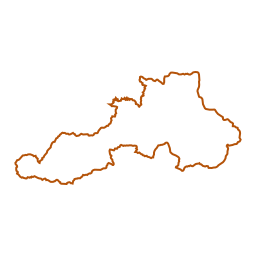 outline of Rio Iró (Santa Rita), Chocó, Colombia
{"feature_id": "7082276B57881293772314", "entity_name": "Rio Iró (Santa Rita)", "entity_type": "district", "adm_level": 2, "iso_a3": "COL", "parent_name": "Colombia", "parent_adm1": "Chocó", "projection": "orthographic", "projection_center": [-76.486, 5.181], "detail": "fine", "context": "isolated", "style": "outline", "palette": "amber", "viewbox_px": 256, "rotation_deg": 0, "n_neighbors": 0, "source": "geoboundaries", "source_scale": "gbopen_adm2", "svg_char_len": 5865}
<svg xmlns="http://www.w3.org/2000/svg" viewBox="0 0 256 256"><path d="M18.5,174.5L20.2,176.7L21.8,177.7L22.7,177.3L23.6,177.9L26.0,178.5L26.7,178.4L27.7,177.2L29.3,177.6L29.7,177.7L30.3,177.1L31.2,177.5L31.8,176.6L33.0,177.0L34.5,176.2L37.8,177.9L39.2,178.4L40.9,178.6L41.6,179.1L42.3,179.9L44.4,178.7L45.3,178.6L45.7,179.0L46.2,180.1L46.9,179.9L48.3,180.3L50.5,181.8L52.2,181.9L53.7,181.7L54.3,181.2L54.9,181.2L56.4,179.9L57.0,179.8L58.0,180.3L59.2,181.7L60.2,182.2L60.2,183.0L61.2,183.7L66.6,184.0L66.9,183.2L68.0,182.5L69.4,182.2L70.3,182.6L71.0,183.3L72.0,183.2L72.6,183.5L73.2,180.9L74.2,180.0L74.5,179.1L76.3,178.6L77.0,178.7L77.7,178.3L80.3,178.2L80.8,177.5L82.1,176.6L83.1,174.9L84.2,175.2L86.2,174.7L87.2,175.0L88.1,174.1L89.5,173.4L90.5,173.5L91.6,172.7L91.9,171.5L92.6,170.6L93.4,170.1L94.7,169.7L100.6,169.9L103.3,168.4L105.3,168.3L105.9,168.1L106.4,167.6L106.5,166.1L107.3,165.1L107.7,163.8L108.7,163.0L111.3,164.0L112.7,165.0L113.2,165.0L113.7,164.3L113.6,163.1L112.5,161.3L112.3,159.6L111.1,158.4L110.8,157.6L110.8,157.0L111.5,155.9L111.3,155.5L110.3,154.9L109.9,153.6L109.5,150.9L109.9,149.6L110.9,149.6L113.9,150.4L114.7,149.4L114.9,148.6L115.9,148.5L116.9,148.8L118.0,147.2L119.6,147.0L120.2,145.5L121.1,144.9L123.4,145.9L124.0,145.5L125.5,145.7L126.8,145.4L128.0,145.6L129.5,145.3L131.2,145.3L133.1,145.9L134.1,145.6L136.0,145.8L136.6,146.3L136.8,147.0L136.8,147.6L136.1,148.4L137.1,149.3L137.1,149.6L136.4,150.2L135.3,152.0L136.8,152.1L137.8,153.0L139.3,152.5L141.3,154.2L142.5,154.5L142.8,155.2L144.4,155.7L144.8,156.2L146.7,155.8L147.4,156.7L149.4,157.2L151.1,158.1L152.3,157.4L153.2,157.4L153.3,156.2L154.0,154.4L154.0,152.6L154.5,151.0L155.4,149.4L156.7,148.0L158.3,145.4L160.1,145.2L160.7,144.9L161.9,144.9L164.1,144.1L164.7,143.9L165.4,142.9L166.6,142.6L167.2,142.7L168.1,143.6L169.8,148.2L170.3,151.9L170.6,152.4L172.5,154.1L175.9,155.5L178.3,157.0L178.9,157.7L179.4,158.9L178.9,160.1L179.2,161.3L178.6,162.5L178.3,165.2L177.3,166.2L176.1,166.7L175.9,167.5L180.6,169.5L182.0,170.8L182.8,170.8L183.5,170.2L184.7,167.5L186.4,166.4L187.4,166.6L188.4,166.0L189.3,166.2L190.4,165.4L191.8,166.1L192.8,166.2L195.6,164.1L196.7,163.8L199.0,163.5L199.4,163.2L200.1,164.2L201.3,164.4L202.9,165.9L205.2,166.5L206.4,166.0L207.9,166.2L208.6,167.9L211.8,168.0L213.3,167.6L215.7,167.4L217.4,166.5L218.4,165.3L223.0,162.2L224.3,160.6L225.5,158.4L225.8,156.2L227.4,153.9L227.5,151.2L228.1,148.8L228.0,148.0L227.3,147.1L227.3,146.2L226.8,145.9L227.2,145.0L227.8,144.7L228.6,145.5L229.2,145.6L232.5,145.0L234.5,144.2L236.4,144.0L237.3,143.4L237.3,143.0L237.9,142.1L239.6,141.5L240.1,140.8L240.6,139.6L239.5,137.7L240.1,133.2L239.8,131.4L239.1,130.3L238.2,129.7L237.7,128.6L237.6,127.8L236.0,127.4L234.7,126.3L232.8,126.2L233.0,123.5L231.9,122.6L230.5,122.0L228.2,119.5L227.3,119.2L225.4,119.9L224.0,120.0L223.2,119.4L222.9,118.2L222.9,117.2L218.0,114.0L216.4,112.1L215.1,110.0L214.6,109.6L209.7,109.7L205.9,109.0L204.9,108.2L203.0,104.2L202.4,99.2L201.4,97.7L199.1,96.8L197.5,91.3L197.6,90.1L199.0,86.8L199.2,84.7L199.0,81.6L199.4,80.3L199.0,74.5L198.3,72.7L197.4,72.2L195.4,72.0L194.0,72.2L193.0,72.5L191.7,73.7L190.0,74.6L188.6,74.4L187.5,73.7L186.9,74.0L185.8,73.8L184.6,74.5L183.1,73.8L181.1,74.4L179.0,74.4L177.2,73.3L172.7,72.6L171.0,72.6L169.7,73.7L169.0,75.3L167.8,76.2L164.8,76.5L164.2,78.5L164.2,82.2L163.6,83.9L162.7,83.9L160.8,82.1L159.3,81.2L157.6,79.7L156.7,79.7L155.1,81.1L153.4,80.6L152.2,79.3L151.3,78.8L148.5,78.8L146.2,79.9L145.7,79.2L144.1,78.5L142.9,77.6L142.6,77.1L141.5,76.7L140.7,76.6L140.0,77.0L139.9,79.3L139.5,79.9L140.0,81.5L141.1,81.8L141.8,82.8L142.6,83.1L142.6,83.6L142.3,84.5L142.6,85.0L144.5,85.3L144.7,86.1L145.7,85.7L145.9,85.8L144.5,87.7L145.1,88.7L144.4,89.4L144.3,90.5L143.3,92.1L142.8,92.4L143.5,93.4L143.6,93.8L143.0,94.8L143.5,95.6L142.8,96.0L142.2,95.9L142.0,96.4L141.4,96.6L141.0,97.5L141.2,98.2L140.8,99.1L141.2,100.4L140.7,102.9L141.1,103.5L141.3,104.6L140.0,105.6L139.3,106.7L138.8,106.5L138.2,104.9L137.2,104.3L135.9,104.0L135.7,103.2L135.9,102.4L134.7,100.8L133.9,100.3L132.9,100.3L132.4,99.9L132.0,99.1L130.0,99.0L129.7,99.6L129.0,98.9L128.8,99.3L128.3,98.7L127.8,99.1L127.4,98.5L127.2,99.8L126.5,99.6L126.3,99.1L126.0,99.9L125.7,100.0L125.2,99.5L125.1,98.3L124.6,97.9L124.1,98.8L123.3,99.1L122.6,99.1L121.7,98.5L121.5,99.3L121.0,99.8L120.9,100.7L118.3,101.2L117.0,100.4L117.8,99.8L117.8,99.3L116.5,98.8L115.8,97.9L115.4,99.0L114.7,99.2L115.3,100.1L114.4,100.0L114.1,100.4L113.5,100.2L113.6,101.1L113.2,101.3L113.1,101.7L113.2,102.2L113.6,102.4L113.4,102.8L111.5,104.4L109.7,104.4L110.9,105.2L111.8,106.2L113.2,106.1L116.3,106.6L117.1,107.0L117.0,108.0L115.7,109.7L115.7,111.9L116.2,113.3L115.1,114.5L115.3,115.7L114.9,116.6L112.3,116.3L112.2,117.0L111.2,118.0L111.0,118.6L111.6,120.3L111.1,121.1L111.0,122.0L110.6,122.5L110.5,123.4L108.8,124.4L108.2,125.8L106.6,125.9L106.3,126.4L104.5,127.6L103.1,127.8L101.9,127.6L101.0,127.9L98.7,130.6L97.7,132.8L97.2,133.1L95.6,133.1L94.4,133.5L93.5,135.0L92.5,135.5L91.2,135.3L89.1,135.7L88.5,135.4L88.3,134.6L87.5,134.2L83.2,134.5L81.2,133.8L78.8,135.6L76.5,136.0L75.2,135.1L74.8,134.1L73.7,133.7L73.0,132.9L70.3,134.3L69.4,134.5L68.8,134.4L68.0,133.7L66.2,133.8L64.8,132.9L63.3,133.0L62.7,132.7L61.9,133.0L60.6,134.3L59.9,134.7L59.3,136.0L58.2,136.4L57.5,137.8L56.2,138.4L54.6,141.9L53.4,141.9L52.0,143.2L50.9,145.9L50.7,147.4L48.3,149.7L47.2,151.1L46.9,152.7L44.3,155.7L43.6,157.4L42.6,157.8L42.1,158.2L42.3,159.5L40.0,161.0L39.6,163.0L39.3,162.9L38.6,161.9L37.9,161.5L37.6,159.6L37.7,158.7L37.2,158.5L36.7,157.6L36.1,157.4L35.6,155.8L33.7,156.2L32.9,155.3L30.2,154.3L28.1,154.4L26.7,155.1L25.5,154.9L24.4,155.3L22.7,155.5L19.4,159.3L18.5,159.9L17.1,160.2L16.3,161.7L15.4,162.9L15.6,164.1L16.9,165.6L17.1,166.4L17.1,166.9L16.3,167.5L16.2,169.2L16.4,170.7L17.8,172.0L17.8,172.5L17.2,173.0L17.0,173.6L18.5,174.5Z" fill="none" stroke="#b45309" stroke-width="2"/></svg>